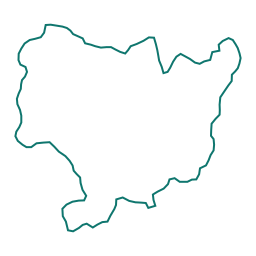 outline of Goianá, Minas Gerais, Brazil
{"feature_id": "56859067B11072969012778", "entity_name": "Goianá", "entity_type": "district", "adm_level": 2, "iso_a3": "BRA", "parent_name": "Brazil", "parent_adm1": "Minas Gerais", "projection": "albers", "projection_center": [-43.187, -21.563], "detail": "fine", "context": "isolated", "style": "outline", "palette": "teal", "viewbox_px": 256, "rotation_deg": 0, "n_neighbors": 0, "source": "geoboundaries", "source_scale": "gbopen_adm2", "svg_char_len": 1843}
<svg xmlns="http://www.w3.org/2000/svg" viewBox="0 0 256 256"><path d="M148.3,207.9L155.3,205.8L153.5,199.9L152.9,194.5L157.7,191.6L163.7,188.6L168.0,184.1L169.5,179.4L174.6,178.2L179.7,181.8L187.4,181.8L191.9,179.6L196.3,179.4L199.1,174.3L200.0,168.3L206.0,165.4L208.6,160.3L210.6,155.1L213.6,150.4L214.1,144.7L213.6,139.1L211.0,135.8L211.2,130.2L211.6,123.7L215.6,118.8L219.6,114.7L219.8,110.1L219.6,104.6L220.3,97.3L224.9,90.5L228.3,85.5L231.7,81.0L231.9,74.7L235.2,71.4L237.8,68.2L239.4,63.6L240.6,58.1L239.5,53.3L237.7,48.0L235.6,44.3L232.8,40.0L228.6,38.1L222.7,41.0L218.7,44.7L219.4,50.7L212.3,52.1L210.2,59.9L204.2,61.4L199.7,63.8L195.0,62.6L190.0,59.0L184.7,56.1L180.6,53.9L176.4,56.7L173.1,61.7L170.2,67.7L167.6,71.9L163.5,73.1L161.7,66.8L159.1,60.5L158.2,55.1L157.3,50.1L155.9,44.2L154.0,37.7L148.9,37.4L143.5,40.8L136.7,44.0L130.7,46.2L128.1,50.1L125.2,53.5L120.2,51.9L115.4,49.5L111.0,47.1L106.8,47.1L100.9,47.6L95.2,46.2L90.9,44.7L85.1,43.3L82.7,38.4L77.6,36.1L73.1,34.1L70.4,30.6L66.9,28.0L62.5,26.6L57.0,25.7L50.7,24.7L45.7,25.0L44.1,32.7L40.8,37.2L35.1,38.8L29.7,40.0L24.6,43.5L21.3,48.6L18.7,53.7L18.5,60.1L20.4,64.6L25.5,67.0L27.0,71.9L25.0,76.6L22.0,80.1L21.1,84.3L20.8,88.9L18.7,93.5L16.9,98.8L17.4,104.2L20.0,109.9L21.3,115.7L21.3,122.5L19.3,127.1L16.3,131.7L15.4,136.2L17.8,140.9L22.6,144.8L26.4,147.1L31.3,147.1L36.5,143.3L43.3,142.6L49.6,142.2L54.4,146.8L58.8,151.6L65.4,156.1L69.6,160.8L72.6,165.5L73.7,170.7L76.6,174.0L80.1,177.5L80.6,183.0L82.5,189.8L86.2,195.8L84.1,200.4L78.8,200.6L72.5,201.7L66.5,204.6L62.4,208.8L62.8,216.2L65.9,221.6L68.0,230.3L73.1,231.3L79.0,227.9L82.7,224.9L86.7,223.7L92.8,227.5L97.4,224.6L102.3,222.1L107.5,221.6L110.4,215.7L114.3,209.1L116.0,205.0L116.3,199.4L122.7,197.5L129.2,200.9L135.4,202.3L140.8,202.6L145.8,203.0L148.3,207.9Z" fill="none" stroke="#0f766e" stroke-width="2"/></svg>